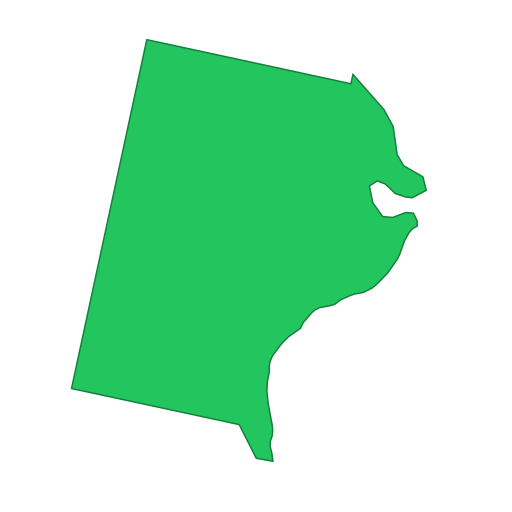 Gallatin, Illinois, United States of America, rotated 12°
{"feature_id": "52423323B61374287211", "entity_name": "Gallatin", "entity_type": "district", "adm_level": 2, "iso_a3": "USA", "parent_name": "United States of America", "parent_adm1": "Illinois", "projection": "equal_earth", "projection_center": [-88.116, 37.745], "detail": "fine", "context": "isolated", "style": "filled", "palette": "green", "viewbox_px": 512, "rotation_deg": 12, "n_neighbors": 0, "source": "geoboundaries", "source_scale": "gbopen_adm2", "svg_char_len": 921}
<svg xmlns="http://www.w3.org/2000/svg" viewBox="0 0 512 512"><g transform="rotate(12 256 256)"><path d="M103.1,424.0L274.6,424.4L298.3,453.8L315.2,453.3L312.8,446.3L309.4,439.2L308.6,434.1L309.2,429.0L308.8,424.5L307.5,419.2L298.3,397.1L294.7,385.6L293.3,377.3L293.1,366.7L291.8,360.7L291.7,356.9L292.5,352.0L293.5,348.8L299.2,336.6L304.7,328.0L314.4,317.7L316.1,311.2L322.5,299.6L324.8,296.7L328.9,293.3L338.3,289.4L342.9,287.0L348.2,281.0L356.8,274.8L360.3,272.7L368.5,269.4L376.2,263.2L379.9,258.6L388.3,245.3L394.7,230.3L396.2,224.5L398.1,210.4L400.7,201.6L403.6,196.5L407.5,193.2L406.3,188.1L401.0,181.3L393.3,182.4L381.6,189.9L371.7,191.1L359.2,179.7L352.4,164.0L358.8,157.4L367.2,158.6L379.3,165.9L390.0,167.2L396.8,166.5L408.9,156.3L402.8,143.9L381.6,137.0L373.0,127.5L363.3,100.9L350.7,86.2L313.1,58.2L313.0,67.8L104.3,67.1L104.2,67.9L103.1,424.0Z" fill="#22c55e" stroke="#15803d" stroke-width="1.5"/></g></svg>